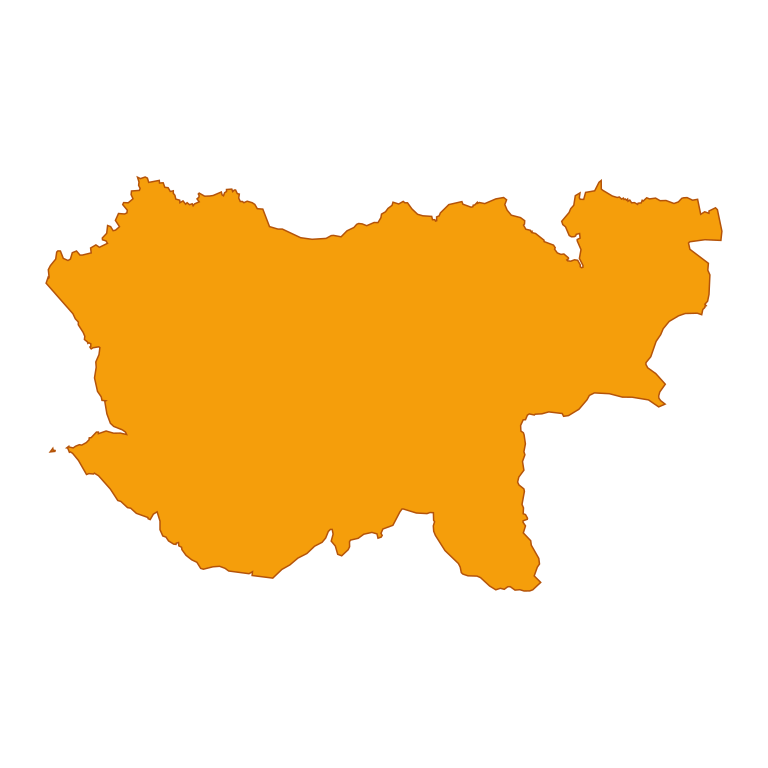 outline of Moyamba, Southern, Sierra Leone
{"feature_id": "65957751B35726846399821", "entity_name": "Moyamba", "entity_type": "district", "adm_level": 2, "iso_a3": "SLE", "parent_name": "Sierra Leone", "parent_adm1": "Southern", "projection": "orthographic", "projection_center": [-12.482, 8.03], "detail": "fine", "context": "isolated", "style": "filled", "palette": "amber", "viewbox_px": 768, "rotation_deg": 0, "n_neighbors": 0, "source": "geoboundaries", "source_scale": "gbopen_adm2", "svg_char_len": 6034}
<svg xmlns="http://www.w3.org/2000/svg" viewBox="0 0 768 768"><path d="M80.0,255.1L76.5,251.0L72.3,252.7L70.4,259.1L68.0,260.5L63.3,258.4L60.4,251.0L57.9,250.9L56.7,252.1L55.7,259.1L50.4,265.6L48.3,269.7L49.1,277.2L48.7,278.1L48.1,277.3L46.1,283.2L72.9,313.7L75.3,318.8L78.3,322.0L78.3,324.8L83.1,332.3L84.8,336.3L84.4,339.5L87.4,341.9L87.9,343.4L88.8,342.8L90.8,343.8L90.8,346.5L89.9,347.0L90.6,348.2L91.2,348.9L92.9,347.8L98.7,346.8L99.9,347.6L99.0,354.6L95.8,362.0L96.2,367.3L94.5,377.9L97.5,391.4L101.2,396.8L102.0,400.4L105.8,400.8L104.8,401.5L106.9,413.9L110.4,423.3L113.7,426.4L122.4,429.9L125.5,432.1L126.6,434.5L120.4,433.1L113.6,433.2L106.1,431.0L98.4,433.7L98.4,432.1L96.4,432.1L91.2,437.6L89.2,437.9L89.1,439.7L86.3,442.6L81.7,445.1L79.3,444.7L75.6,446.2L73.2,447.9L68.9,447.0L68.8,446.3L66.7,447.9L67.7,448.1L69.4,452.3L70.4,451.9L72.6,453.3L78.5,460.5L86.5,474.5L88.9,473.6L93.5,474.0L94.4,473.2L98.5,475.7L110.3,489.0L117.8,500.5L120.8,501.4L127.5,507.6L130.7,508.2L136.3,513.3L147.9,517.5L148.1,518.7L150.2,519.6L153.4,514.1L157.1,511.8L160.0,521.1L160.0,529.7L162.8,536.0L166.0,537.1L168.5,540.9L173.6,544.1L176.0,544.4L176.2,543.2L178.5,542.5L178.8,545.8L181.6,547.3L181.9,549.6L186.0,555.3L191.7,559.8L196.9,562.3L200.7,568.4L203.4,569.2L212.9,566.8L219.6,566.3L225.0,568.3L228.7,571.0L249.0,573.7L252.5,571.7L252.1,575.5L272.8,578.1L281.9,569.4L289.9,564.9L297.9,558.1L306.9,553.5L314.6,546.2L322.1,542.3L325.7,538.0L328.3,531.5L330.4,529.4L332.2,529.4L333.1,534.1L331.2,541.1L335.3,546.0L337.7,554.3L341.7,555.8L348.2,549.7L349.6,546.7L349.5,541.7L350.5,540.1L358.2,538.3L363.8,534.2L371.9,532.4L377.0,533.9L378.0,538.2L381.2,537.1L382.2,535.4L381.0,533.3L382.9,529.0L392.9,525.3L399.9,511.9L402.0,509.0L403.4,509.0L416.3,513.0L427.0,513.6L430.0,512.5L433.4,512.7L433.6,520.2L434.6,521.7L433.3,525.9L433.7,531.2L435.4,535.4L445.0,550.6L458.4,563.5L460.2,567.1L461.3,572.6L462.9,574.1L467.9,575.8L477.0,576.1L480.5,577.6L489.6,586.0L495.8,589.8L500.3,588.3L504.3,589.3L507.8,586.7L510.3,586.7L515.0,590.1L519.9,589.7L524.1,591.0L529.8,590.9L532.8,589.8L540.7,582.4L534.2,575.9L537.3,567.2L539.5,564.0L538.8,558.4L531.3,545.2L530.7,540.7L523.3,532.9L525.5,525.9L523.0,522.2L523.1,520.8L527.3,519.3L527.5,518.2L525.5,514.6L523.2,513.7L523.5,507.9L522.0,504.4L524.4,491.4L523.9,488.9L519.0,485.0L517.6,482.1L518.8,477.1L523.9,470.2L522.5,461.5L524.9,454.8L523.9,451.7L525.4,443.9L524.1,434.9L523.4,432.8L520.9,431.0L520.6,425.5L523.2,419.8L525.5,419.7L527.4,415.1L529.3,413.9L534.3,415.0L535.1,414.2L542.0,413.8L548.8,411.9L562.2,413.5L563.6,416.3L568.5,415.6L579.0,409.2L587.0,399.8L589.4,395.4L594.4,392.9L609.4,393.7L622.3,397.1L632.1,397.2L648.5,399.9L658.7,406.9L665.1,404.1L660.7,400.7L658.9,398.2L658.7,395.9L659.8,391.9L665.3,384.2L655.9,373.7L647.7,367.8L645.9,364.4L646.0,362.6L650.8,356.7L656.1,341.4L660.7,334.6L663.2,328.7L669.2,321.4L678.6,315.8L685.2,313.5L697.3,313.2L701.7,314.7L702.8,309.5L704.9,307.4L704.9,306.2L706.2,305.7L704.9,304.2L707.6,301.2L709.0,294.4L709.9,274.9L707.8,270.2L708.4,263.3L689.9,249.3L688.5,243.0L689.7,241.8L704.9,239.7L720.9,240.4L721.9,231.2L717.4,209.7L715.5,207.8L709.0,211.0L708.9,213.3L704.7,211.8L700.7,214.3L697.6,199.3L692.6,200.2L687.1,197.6L683.6,197.8L681.8,198.3L678.4,201.9L674.0,203.5L666.0,200.5L660.1,200.7L655.6,198.1L649.5,198.9L646.7,197.8L643.1,201.1L642.2,200.3L641.2,202.9L638.1,203.2L637.6,204.4L634.5,202.6L631.6,202.8L629.8,200.1L628.0,201.2L627.6,199.1L626.5,200.2L625.3,199.0L624.1,199.5L623.4,198.1L621.6,199.1L619.3,197.0L617.2,197.5L612.3,196.0L602.8,190.3L601.3,189.1L601.2,180.5L599.0,182.3L594.7,190.8L585.6,192.4L583.7,199.4L580.2,199.3L579.3,197.8L580.0,192.9L575.3,195.7L573.8,205.2L570.7,208.7L569.1,212.5L561.7,221.3L562.8,224.6L565.5,226.8L569.2,235.5L571.4,236.8L574.1,236.7L575.6,236.0L576.3,234.3L579.6,233.5L580.1,238.1L577.2,239.5L577.2,240.8L581.0,249.6L579.4,258.4L583.0,265.5L582.9,267.3L581.5,267.7L580.3,266.8L580.2,264.8L577.7,260.3L574.5,259.8L570.7,261.2L567.6,260.8L566.8,259.9L568.5,258.8L568.4,257.8L563.9,254.0L560.9,254.4L557.3,252.9L554.6,249.2L555.2,247.7L553.5,245.1L544.1,241.6L544.0,240.2L535.6,233.5L531.6,232.5L532.1,231.3L530.6,231.2L530.4,230.3L525.8,229.2L523.5,225.1L524.5,224.0L524.7,220.7L520.5,217.6L511.3,215.2L507.1,210.1L504.8,204.6L506.6,199.8L503.6,197.5L495.8,198.9L484.8,203.6L479.2,202.5L477.4,203.4L477.2,202.4L474.7,205.0L473.2,205.2L472.9,206.7L471.1,207.2L462.9,204.2L461.9,201.6L448.8,204.6L440.4,212.9L439.1,215.9L436.6,216.9L436.7,220.7L435.5,221.1L434.8,219.7L432.5,219.7L431.7,216.4L422.8,215.8L417.6,214.3L411.9,208.9L407.5,202.8L404.9,202.8L403.2,201.4L398.7,204.0L393.0,202.2L392.0,205.4L388.0,208.4L385.5,211.8L381.5,214.1L380.9,217.7L378.0,222.6L374.1,222.5L366.7,225.7L362.2,223.9L358.7,223.5L356.7,224.3L353.9,227.5L347.0,230.8L341.1,236.8L333.5,235.4L331.2,235.6L326.1,238.4L312.1,239.3L300.6,237.7L282.4,229.1L278.0,229.1L269.5,226.6L262.8,209.1L257.3,208.7L254.8,204.4L252.2,202.7L247.2,201.2L243.9,202.7L242.4,201.5L240.3,201.5L238.7,198.1L239.3,194.1L237.3,193.6L235.6,190.0L234.3,190.0L232.7,191.6L231.8,189.1L226.5,189.5L226.5,191.5L224.6,192.7L223.5,195.8L222.1,194.9L221.3,192.0L213.1,195.5L209.8,196.0L204.7,196.2L199.2,193.1L198.3,194.0L199.2,195.8L198.8,197.3L197.0,198.9L199.2,201.8L194.4,204.0L193.1,205.8L192.2,203.8L189.5,204.7L187.1,202.7L185.6,204.2L183.0,200.9L179.9,202.7L179.7,200.2L175.8,199.1L174.9,195.3L173.3,193.3L173.3,190.8L170.3,191.5L168.1,187.7L164.8,187.3L163.2,182.8L159.5,183.0L159.3,180.4L148.7,182.4L147.4,178.1L145.2,177.0L140.5,178.6L137.5,177.2L139.0,182.1L138.6,185.3L140.1,188.4L139.4,190.4L131.5,191.0L131.1,194.6L133.0,198.8L128.2,202.8L123.6,202.6L122.7,204.6L127.3,210.2L126.9,212.9L124.6,214.0L118.5,213.5L115.4,220.4L119.5,226.7L115.5,230.2L113.1,230.7L110.6,226.6L107.6,225.5L106.7,233.3L102.3,238.0L102.5,239.8L106.0,240.9L107.5,243.3L99.4,247.3L95.9,244.9L90.6,248.0L91.2,252.9L82.2,255.1L80.0,255.1ZM53.1,450.1L52.8,448.4L50.2,451.9L54.9,451.4L55.1,450.5L53.1,450.1Z" fill="#f59e0b" stroke="#b45309" stroke-width="1.5"/></svg>